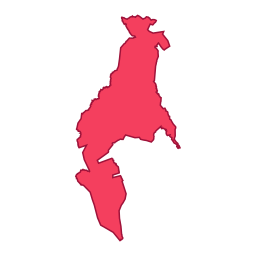 the district of Malinaltepec, Guerrero, Mexico
{"feature_id": "50627088B5493322532646", "entity_name": "Malinaltepec", "entity_type": "district", "adm_level": 2, "iso_a3": "MEX", "parent_name": "Mexico", "parent_adm1": "Guerrero", "projection": "natural_earth1", "projection_center": [-98.711, 17.129], "detail": "fine", "context": "isolated", "style": "filled", "palette": "rose", "viewbox_px": 256, "rotation_deg": 0, "n_neighbors": 0, "source": "geoboundaries", "source_scale": "gbopen_adm2", "svg_char_len": 5765}
<svg xmlns="http://www.w3.org/2000/svg" viewBox="0 0 256 256"><path d="M156.3,20.6L155.9,20.2L154.1,19.6L152.4,19.6L151.2,20.1L150.4,19.4L149.5,18.0L148.7,17.7L148.4,17.2L146.4,16.8L145.1,18.2L143.8,18.6L143.0,19.1L139.4,16.3L137.6,15.4L136.2,16.5L135.8,16.6L135.5,17.2L133.8,16.7L132.5,16.8L132.4,16.1L131.4,16.7L130.2,17.0L129.2,18.0L128.4,18.2L127.2,19.2L124.5,18.3L124.0,17.7L123.1,17.7L121.9,17.2L121.7,17.4L121.6,17.7L121.8,18.6L122.3,19.3L122.2,20.9L122.9,21.3L123.1,22.2L124.3,24.3L125.2,23.7L125.7,24.3L126.2,24.3L125.9,25.3L126.2,26.6L126.7,27.2L127.1,28.2L127.5,28.5L127.6,29.0L129.1,31.0L129.2,31.8L129.4,31.9L130.2,33.4L132.2,35.7L134.8,36.1L135.4,37.2L133.5,37.8L133.0,38.2L129.4,38.1L126.7,41.1L126.0,41.5L125.8,42.3L125.3,43.0L124.8,43.5L124.2,43.7L120.7,47.8L119.5,59.1L118.5,66.1L117.9,67.8L117.3,68.8L117.1,70.0L115.5,70.7L114.9,70.7L113.6,72.0L113.1,72.1L112.9,72.7L112.4,72.6L112.4,73.1L112.2,73.4L110.9,74.1L111.0,74.7L110.6,75.1L110.8,75.6L110.6,75.9L110.5,76.6L110.3,77.0L110.5,77.5L111.0,78.1L111.0,78.4L110.6,79.6L110.7,80.2L110.5,80.6L110.5,81.1L110.3,81.3L110.7,81.8L110.1,83.1L110.5,83.6L110.5,84.2L110.3,84.6L110.7,85.0L109.8,85.5L109.7,86.3L109.5,86.5L108.9,86.9L108.0,86.8L107.7,87.6L107.4,87.6L107.3,87.2L106.8,87.1L106.5,86.7L105.9,87.3L105.4,87.1L105.2,87.8L104.7,88.0L104.5,87.9L104.4,87.6L103.6,87.4L103.3,87.7L103.3,88.2L103.1,88.5L103.2,88.8L102.4,89.8L101.9,89.9L100.9,89.5L100.4,91.2L99.7,91.2L99.2,91.8L99.2,92.3L99.6,92.8L99.0,93.3L98.7,94.2L98.7,94.7L98.5,95.0L98.8,95.3L98.5,95.8L98.4,96.1L98.5,96.5L98.9,96.7L99.0,98.5L98.5,98.7L97.5,98.7L96.4,99.5L95.9,99.4L95.7,99.0L95.3,98.9L95.0,99.4L94.3,99.2L94.1,100.0L93.5,100.5L92.9,100.5L93.1,101.3L92.6,101.6L92.2,101.2L92.3,102.1L91.6,102.6L91.5,104.0L91.1,103.8L91.0,104.4L90.3,105.2L90.7,106.2L89.8,107.9L89.3,108.3L88.8,109.1L88.6,109.9L88.1,109.9L87.6,110.4L85.8,110.6L84.1,112.4L83.3,112.6L82.8,113.8L82.5,113.9L81.7,113.6L81.1,118.6L78.0,123.1L76.8,128.6L76.5,129.1L76.7,129.5L78.0,130.1L78.0,130.9L78.4,131.3L79.3,131.2L79.9,131.4L80.4,132.0L80.4,132.5L80.6,132.6L80.6,132.9L80.3,133.1L80.7,133.2L80.7,133.7L80.9,134.0L80.9,134.7L80.3,136.0L80.5,136.3L80.5,136.9L79.1,137.8L78.6,138.6L77.4,139.3L77.1,139.9L77.2,141.0L77.9,142.3L77.8,143.1L78.1,143.5L78.2,143.9L78.2,144.3L77.9,144.8L78.3,145.5L78.2,146.0L78.7,146.5L78.9,147.6L79.2,147.7L86.5,145.2L82.7,152.6L84.3,159.7L89.2,170.0L89.6,171.3L89.4,171.6L88.5,171.1L87.5,171.2L87.2,170.9L87.0,170.5L86.7,170.3L85.4,170.2L85.0,170.4L84.4,169.9L83.5,170.0L83.0,169.4L82.5,169.6L82.0,170.3L80.8,170.2L80.6,170.8L80.5,171.7L80.3,172.1L79.2,172.5L78.6,173.3L77.5,173.6L77.2,174.3L76.8,174.4L76.3,175.0L75.8,176.4L76.2,176.7L76.2,177.1L76.4,177.3L76.5,178.5L76.9,178.4L77.4,179.3L77.7,181.0L79.2,182.7L79.6,182.9L79.9,183.5L80.5,183.9L80.6,184.4L80.9,184.4L80.8,184.7L81.4,184.9L81.7,184.8L82.0,185.1L82.6,185.0L83.6,185.4L90.2,192.2L92.4,199.6L94.3,205.0L97.6,217.8L100.7,225.1L113.2,232.3L120.0,240.6L120.9,240.0L120.9,239.5L121.7,239.5L122.7,238.6L122.7,237.5L122.1,236.7L121.8,234.5L121.6,234.4L120.9,226.3L119.5,218.4L119.1,210.7L121.3,205.2L123.0,202.8L125.1,199.0L126.1,193.8L122.1,181.4L122.9,180.5L122.1,179.3L122.0,178.6L121.5,178.2L121.4,177.3L121.1,177.2L120.9,176.3L120.4,175.7L112.8,177.6L112.8,175.0L119.2,172.9L119.2,172.2L119.1,171.5L118.9,171.2L119.0,171.2L118.3,166.9L116.2,165.1L115.9,164.7L116.3,164.2L116.0,163.7L115.4,163.9L114.8,162.9L114.4,162.9L113.9,162.7L113.7,161.8L113.5,161.4L113.4,160.9L113.6,160.4L112.8,160.1L112.8,159.1L112.5,159.0L112.1,158.5L111.9,158.3L98.6,163.2L97.3,160.3L108.3,152.3L108.5,151.6L108.4,151.4L108.4,150.2L112.8,144.7L112.5,144.3L112.6,143.5L112.3,143.3L112.4,143.1L113.2,142.7L114.1,142.8L114.8,142.7L115.2,142.0L116.3,141.5L117.9,140.3L118.4,140.2L120.3,139.2L120.9,139.1L121.7,139.4L123.1,139.4L124.1,137.2L125.6,135.0L135.0,137.7L139.4,137.4L140.6,139.3L143.5,140.0L146.5,140.5L151.3,142.0L153.5,139.7L153.8,138.6L153.7,138.0L154.0,136.5L153.6,135.1L153.9,133.4L154.6,132.5L155.5,132.0L155.6,131.4L156.2,130.6L160.7,126.6L160.6,127.4L161.0,127.7L161.6,127.5L161.5,128.2L161.8,128.7L163.0,128.2L163.8,128.5L164.4,129.1L165.0,129.1L166.1,129.5L165.6,130.4L166.7,131.1L166.1,132.0L166.3,132.8L166.2,133.6L166.7,134.8L167.4,135.5L170.0,134.9L169.6,135.8L169.9,136.4L170.5,137.0L171.8,137.6L171.8,138.1L171.6,139.5L172.3,140.2L173.0,140.2L172.9,141.2L173.2,141.5L173.8,142.6L174.3,143.2L175.4,143.6L177.2,145.1L177.3,145.7L176.8,146.1L176.7,146.5L177.0,147.0L177.9,147.2L177.9,148.2L178.2,148.3L178.6,147.3L179.0,147.2L180.2,148.4L179.9,147.4L179.2,146.2L179.0,145.5L178.0,144.8L177.9,143.5L176.3,142.1L174.7,140.0L174.4,139.0L174.4,138.3L175.2,136.0L175.1,129.5L175.7,128.0L175.7,127.0L175.5,126.6L173.2,124.0L171.5,121.1L170.9,119.8L169.8,119.2L169.6,118.0L169.6,116.4L168.7,116.0L167.9,113.7L167.9,112.9L167.6,111.9L167.3,111.6L165.7,110.8L165.9,110.1L165.8,109.9L164.9,108.2L163.2,108.7L160.3,105.2L160.6,102.3L160.9,101.4L161.1,97.7L160.4,97.4L160.0,96.9L159.9,96.6L158.9,95.4L158.8,94.8L158.9,94.4L158.6,93.9L158.2,93.7L158.0,94.0L157.8,93.8L157.6,93.9L157.2,93.5L156.9,92.3L156.5,92.4L156.2,92.1L157.0,91.6L157.3,90.9L156.9,90.5L157.1,90.1L156.5,89.1L156.7,88.9L156.6,88.4L156.2,88.3L156.4,86.7L156.0,86.5L156.1,85.5L155.7,85.1L155.9,84.6L155.6,83.9L153.6,81.4L154.4,80.6L155.6,66.0L156.2,63.7L156.3,62.5L156.7,61.6L156.8,60.2L158.3,56.4L158.0,52.6L158.1,50.9L157.0,49.3L155.8,47.9L155.0,47.6L155.1,46.3L156.1,46.1L156.3,46.3L156.8,46.4L156.8,46.1L157.0,46.1L156.8,45.3L157.0,44.8L157.7,44.2L157.8,43.6L158.5,43.0L161.1,46.9L162.8,49.0L164.2,50.0L165.4,49.0L169.7,46.2L167.8,40.7L162.6,34.2L163.7,31.5L153.1,33.1L149.3,31.4L147.6,29.6L150.2,24.1L152.7,24.9L152.9,24.8L154.2,23.2L155.5,22.1L156.3,20.6Z" fill="#f43f5e" stroke="#9f1239" stroke-width="1.5"/></svg>